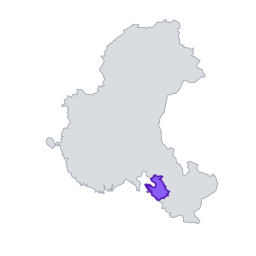 Liaoning highlighted on a map of China, rotated 83°
{"feature_id": "CHN-1813", "entity_name": "Liaoning", "entity_type": "Province", "adm_level": 1, "iso_a3": "CHN", "parent_name": "China", "parent_adm1": "", "projection": "orthographic", "projection_center": [122.279, 41.097], "detail": "fine", "context": "in_parent", "style": "filled", "palette": "violet", "viewbox_px": 256, "rotation_deg": 83, "n_neighbors": 0, "source": "natural_earth", "source_scale": "10m", "svg_char_len": 8488}
<svg xmlns="http://www.w3.org/2000/svg" viewBox="0 0 256 256"><g transform="rotate(83 128 128)"><path d="M126.1,195.0L120.6,191.8L120.3,189.3L121.5,188.2L117.5,186.8L115.3,184.4L109.1,186.9L107.8,185.5L104.9,186.4L102.9,184.5L101.2,185.8L99.5,184.9L98.6,185.8L98.8,191.0L96.7,190.3L96.4,187.6L92.3,187.8L91.7,185.1L88.6,183.6L90.6,180.4L88.1,178.6L87.9,175.1L88.7,174.3L83.4,173.7L84.2,172.4L83.9,170.4L85.6,167.9L89.5,166.1L90.9,158.2L89.5,157.9L89.3,154.9L87.9,152.7L86.3,153.6L82.5,151.5L84.0,150.2L83.7,148.7L82.4,148.9L83.6,147.7L82.6,146.4L79.7,147.5L77.1,145.2L71.1,146.5L68.2,148.8L65.3,148.8L63.1,146.2L58.3,143.2L53.5,146.1L53.5,142.1L49.5,141.8L46.4,138.9L45.4,139.3L44.7,138.0L43.9,138.7L43.3,136.5L41.5,135.4L42.0,134.2L39.3,131.2L39.3,129.6L37.5,128.9L34.2,121.1L32.2,119.9L30.8,120.6L26.8,110.9L25.6,110.7L26.7,107.8L26.7,104.7L29.1,106.3L30.4,98.8L31.7,98.0L30.3,95.2L31.3,91.2L26.7,86.3L26.5,84.8L27.5,82.1L24.7,77.2L27.2,77.6L27.1,76.2L28.7,72.7L26.5,69.9L28.0,66.1L29.0,66.0L30.3,64.3L33.5,63.9L35.6,64.6L35.2,66.2L37.0,67.1L40.0,65.3L43.3,67.2L46.0,66.1L51.1,66.4L52.3,63.6L53.8,63.3L53.7,62.4L55.1,62.5L56.0,57.8L57.8,55.3L56.6,53.6L62.4,54.4L64.0,56.5L64.9,55.4L64.5,54.2L70.0,48.3L73.8,52.2L76.2,52.2L79.4,46.9L82.1,47.1L84.2,45.0L86.8,45.8L86.0,48.7L90.6,55.4L90.6,61.2L87.6,65.5L87.6,67.2L95.1,71.4L99.6,76.4L99.2,77.5L100.6,84.8L117.2,90.4L119.0,92.8L123.9,95.9L126.8,95.9L126.6,97.0L128.2,97.6L135.1,95.5L144.2,96.3L148.2,95.2L150.7,92.7L154.2,91.4L152.7,87.9L154.9,84.8L160.5,87.0L164.1,84.1L168.0,84.1L171.3,80.3L173.9,80.1L174.3,79.0L182.5,79.0L182.0,76.6L178.2,72.4L175.8,72.3L174.3,73.8L172.5,72.7L169.6,73.4L168.5,71.1L172.9,63.2L176.6,64.9L181.1,62.4L180.8,60.8L183.8,55.1L186.0,52.8L185.7,50.5L183.9,49.7L186.8,47.1L194.4,45.8L200.5,48.1L202.7,51.3L207.2,61.4L207.2,63.4L213.5,64.9L217.1,67.2L219.2,72.7L223.9,72.0L225.8,69.9L229.3,68.1L230.6,68.5L231.3,71.1L229.7,73.3L229.5,78.5L227.7,84.3L223.3,83.8L220.6,86.5L222.4,93.5L221.9,95.9L219.7,97.0L220.2,97.9L217.7,95.8L217.3,98.6L214.6,100.8L211.5,101.3L212.5,103.1L212.1,104.2L206.8,102.9L204.3,107.0L200.3,109.3L198.0,112.0L192.7,113.6L186.3,117.9L186.1,116.9L188.3,116.0L188.8,114.7L186.8,114.7L186.7,113.9L190.5,109.2L188.9,106.9L186.5,107.2L183.8,110.5L179.7,112.7L178.0,115.4L173.5,115.5L172.8,118.9L177.7,121.0L177.6,124.5L178.9,125.5L180.7,125.4L182.7,122.9L184.6,122.2L188.1,124.1L192.1,124.4L190.8,127.2L189.2,126.5L184.8,128.1L184.1,130.5L182.3,130.1L182.7,131.2L178.1,136.6L182.4,139.5L184.7,147.4L188.7,151.1L188.4,152.1L183.3,150.0L181.2,150.8L184.1,150.7L188.7,155.2L184.7,158.3L182.8,158.3L181.7,159.0L186.2,158.8L189.7,160.9L187.3,162.7L189.2,162.7L189.0,164.4L187.0,164.4L188.0,165.3L187.1,166.8L187.7,168.4L185.7,168.2L183.9,169.7L180.8,176.2L178.8,175.4L180.0,177.6L178.2,178.9L176.8,178.5L178.9,179.1L178.8,182.0L176.9,181.7L177.3,182.7L175.9,182.8L174.5,185.5L170.8,186.0L171.7,187.1L168.6,190.0L166.5,189.6L164.4,192.8L153.3,193.9L151.3,190.9L150.4,191.7L151.2,195.0L149.1,194.9L146.7,196.6L145.8,195.6L145.4,196.6L143.9,196.0L142.2,197.1L136.8,197.4L135.6,199.1L137.0,201.2L136.2,202.1L134.1,201.5L133.3,198.9L134.8,196.5L133.2,195.3L131.3,196.2L128.5,193.5L128.5,194.8L126.1,195.0ZM137.5,203.0L139.0,205.5L134.3,210.3L131.7,211.0L128.1,209.0L128.3,205.5L131.2,203.3L137.5,203.0ZM188.8,153.1L187.4,152.8L186.1,151.5L187.2,151.8L188.8,153.1ZM190.6,159.9L189.5,160.2L189.2,159.6L190.6,159.9ZM179.8,181.1L179.2,181.8L179.3,180.9L179.8,181.1ZM136.1,198.9L137.2,198.7L137.1,199.2L136.1,198.9Z" fill="#d9dde1" stroke="#a8b0b8" stroke-width="1"/><path d="M203.2,107.2L203.0,107.5L202.9,107.7L202.7,107.6L202.7,107.9L202.4,108.0L202.2,108.2L202.2,108.4L201.7,108.3L201.6,108.5L200.8,108.9L200.7,109.0L200.9,109.2L200.8,109.3L200.4,109.3L200.3,109.2L199.9,109.6L199.7,109.7L199.6,110.0L199.4,110.1L199.1,110.3L199.0,110.5L198.3,111.1L198.4,111.5L198.1,111.9L197.5,112.4L197.3,112.3L197.2,112.4L197.0,112.5L196.8,112.4L196.6,112.5L196.3,112.4L196.2,112.5L195.7,112.2L195.5,112.7L195.4,112.8L195.3,112.7L195.2,112.6L194.9,113.0L194.8,112.9L194.8,112.5L194.7,112.7L194.4,112.7L194.2,112.6L194.3,112.9L194.1,112.9L194.3,113.1L194.1,113.2L193.8,113.3L193.7,113.2L193.5,113.3L193.3,113.2L193.2,113.3L193.3,113.4L193.1,113.6L192.8,113.6L192.7,113.5L192.4,113.8L192.1,114.0L191.9,114.0L191.7,114.3L191.6,114.2L191.6,114.3L191.3,114.5L191.0,114.6L190.6,114.8L190.5,115.0L190.4,115.0L189.9,115.6L189.9,115.8L190.1,115.9L189.7,116.1L189.7,116.3L189.4,116.3L189.1,116.3L189.2,116.5L188.8,116.4L188.9,116.5L189.1,116.7L189.0,116.8L188.9,116.8L188.8,116.7L188.6,116.5L188.4,116.4L188.4,116.5L188.5,116.6L188.3,116.5L188.1,116.6L187.9,116.8L188.3,117.0L188.2,117.3L187.8,117.2L187.5,117.5L187.0,117.5L186.8,117.6L186.6,117.5L186.4,117.9L186.1,117.7L186.1,117.3L186.1,117.2L186.3,117.1L186.2,117.0L186.1,116.8L186.4,116.8L186.5,116.8L186.8,116.7L187.0,116.7L187.0,116.4L187.3,116.5L187.5,116.5L188.3,116.1L188.3,115.9L188.1,115.7L187.9,115.6L188.0,115.6L188.1,115.4L187.9,115.3L188.0,115.2L188.2,115.3L188.3,115.2L188.5,115.0L188.5,114.9L188.7,114.7L188.9,114.8L189.3,114.6L189.2,114.5L188.9,114.7L188.4,114.6L187.7,114.8L187.6,114.6L187.5,114.2L187.4,114.1L187.1,114.0L186.9,114.1L186.6,114.0L186.9,113.6L187.4,113.5L187.5,113.5L187.5,113.4L187.7,113.5L187.8,113.4L187.7,113.4L187.8,113.2L187.6,113.2L187.5,112.9L187.5,112.6L187.8,112.3L188.1,112.3L188.1,112.2L188.3,112.0L188.7,112.1L188.8,111.8L189.0,111.7L188.9,111.6L189.1,111.5L189.2,111.3L189.3,111.2L189.5,111.1L189.5,110.9L189.7,110.7L189.9,110.6L189.9,110.4L189.9,110.2L190.3,109.8L190.3,109.6L190.5,109.5L190.6,109.4L190.6,109.2L190.4,108.8L190.1,108.7L190.2,108.3L190.1,108.2L190.0,108.3L189.7,108.0L189.0,107.6L188.9,107.0L189.0,106.9L188.7,107.1L188.6,107.5L187.9,107.5L187.7,107.4L187.4,107.2L187.2,107.1L186.9,107.3L186.8,107.2L186.7,107.2L186.1,107.4L186.1,107.6L185.9,107.6L185.7,107.7L185.7,107.8L185.6,108.0L185.8,108.0L185.7,108.2L185.6,108.3L185.2,108.3L185.1,108.7L184.6,109.1L184.5,109.3L184.3,109.3L184.3,109.5L184.1,109.6L184.1,109.8L184.3,109.7L184.3,109.8L183.9,110.0L183.9,110.4L183.8,110.6L183.7,110.6L183.2,110.7L183.0,110.9L181.8,111.3L181.7,111.4L181.7,111.6L181.4,111.6L181.4,111.4L181.1,111.2L181.1,110.5L180.9,110.5L180.7,110.5L180.7,110.2L180.5,109.7L180.6,109.2L180.5,108.9L179.5,108.9L179.3,108.7L179.1,108.4L179.1,108.0L178.8,108.2L178.6,108.3L177.9,107.3L178.1,106.8L178.2,106.7L178.4,106.8L178.5,106.7L178.2,106.4L178.2,106.2L178.6,106.1L179.1,105.7L179.3,105.4L179.3,105.2L179.8,104.8L179.9,104.6L180.0,104.4L179.9,104.1L179.8,103.6L179.7,103.4L179.7,102.8L179.7,102.5L179.8,102.4L179.8,101.9L180.0,101.6L180.0,101.3L180.0,101.2L179.8,101.1L179.6,100.8L179.7,100.6L179.9,100.3L180.4,100.1L180.6,99.8L180.8,100.0L180.9,100.3L181.0,100.6L181.7,100.8L181.6,101.1L181.8,101.5L181.9,101.8L182.2,101.9L182.2,102.2L182.4,102.5L182.3,103.2L182.6,103.2L182.8,102.8L183.2,102.4L183.5,102.0L183.9,101.7L184.1,101.4L184.0,101.2L184.6,101.0L185.0,100.7L185.6,100.4L185.8,100.6L186.0,100.6L187.3,99.4L187.9,99.3L188.0,99.3L188.2,99.6L188.5,99.6L189.1,99.2L189.3,98.6L189.7,98.4L190.2,98.5L190.6,98.8L191.0,98.7L190.9,97.9L191.0,97.7L191.3,97.7L191.4,97.8L192.3,98.3L192.8,98.2L193.0,98.0L193.4,98.0L193.6,97.8L193.8,97.3L194.1,97.0L194.2,96.9L194.4,96.9L195.3,96.5L195.5,96.1L195.5,95.9L195.6,95.4L195.6,95.2L195.8,94.6L196.0,94.7L196.7,95.4L197.0,95.5L197.4,95.7L197.7,95.8L197.8,96.2L198.2,96.5L198.0,96.9L198.1,97.0L198.3,97.1L198.1,97.3L198.1,97.5L198.3,97.5L199.0,97.1L199.1,96.9L199.2,96.6L199.4,96.4L199.8,96.3L199.8,97.6L199.9,97.8L200.1,97.8L200.3,98.2L200.2,98.5L200.4,98.5L200.5,98.7L200.7,98.9L200.7,99.3L201.1,99.7L201.1,99.9L201.0,100.1L201.4,100.2L201.4,100.6L201.6,100.9L201.8,100.8L202.2,100.9L202.1,101.2L201.9,101.4L201.8,101.5L201.7,101.8L201.6,102.1L201.5,102.5L201.7,102.9L201.6,103.3L201.9,103.3L202.1,103.2L202.2,103.7L202.6,104.5L202.9,104.9L202.9,105.1L203.3,105.4L203.3,105.7L203.4,105.8L203.3,106.0L203.2,106.2L203.1,106.5L202.7,107.0L202.8,107.0L203.2,107.1L203.2,107.2ZM187.3,114.2L187.4,114.3L187.4,114.5L187.0,114.7L187.1,114.4L186.8,114.6L186.7,114.6L186.7,114.4L186.9,114.4L187.0,114.2L187.3,114.2ZM192.1,115.3L191.7,115.3L191.5,115.2L191.4,115.1L191.9,115.2L192.1,115.3ZM190.7,115.8L190.8,115.6L191.0,115.5L191.0,115.8L190.8,115.8L190.7,115.8ZM193.1,114.0L193.2,113.9L193.4,114.0L193.2,114.1L193.1,114.0ZM194.0,116.1L194.0,116.3L193.9,116.4L193.9,116.2L194.0,116.1ZM191.9,115.4L192.2,115.4L192.3,115.4L192.2,115.5L191.9,115.4Z" fill="#8b5cf6" stroke="#5b21b6" stroke-width="1.5"/></g></svg>